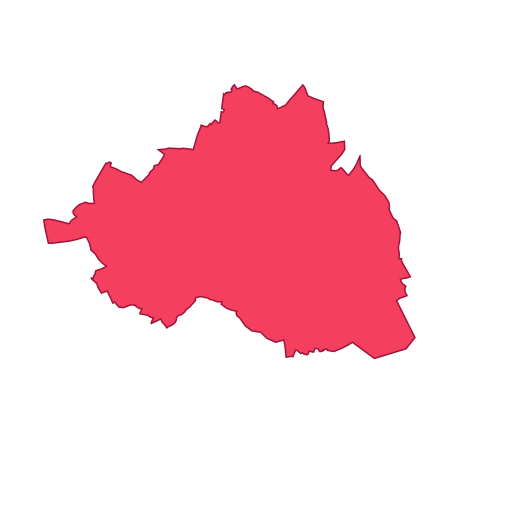 outline of Nnewi North, Anambra, Nigeria, rotated 140°
{"feature_id": "59680162B73952515985037", "entity_name": "Nnewi North", "entity_type": "district", "adm_level": 2, "iso_a3": "NGA", "parent_name": "Nigeria", "parent_adm1": "Anambra", "projection": "albers", "projection_center": [6.91, 6.02], "detail": "fine", "context": "isolated", "style": "filled", "palette": "rose", "viewbox_px": 512, "rotation_deg": 140, "n_neighbors": 0, "source": "geoboundaries", "source_scale": "gbopen_adm2", "svg_char_len": 4573}
<svg xmlns="http://www.w3.org/2000/svg" viewBox="0 0 512 512"><g transform="rotate(140 256 256)"><path d="M151.1,140.9L148.2,156.9L147.0,160.0L146.2,160.4L148.2,162.2L145.5,164.7L144.5,166.0L143.1,168.6L141.8,170.5L139.5,172.8L137.1,174.4L131.2,180.5L130.3,180.8L127.6,187.6L125.7,192.5L126.6,197.1L124.2,206.1L121.9,208.1L119.8,211.7L118.5,219.0L119.3,227.5L118.4,234.1L117.8,239.7L118.9,243.5L118.8,246.8L118.6,254.2L118.4,257.1L117.6,258.8L112.1,265.7L112.4,265.7L119.3,262.0L125.8,259.8L131.5,258.6L133.7,258.6L133.7,267.8L134.4,269.2L137.6,269.1L138.9,269.3L141.4,271.1L143.6,273.9L140.7,276.4L138.1,277.0L131.3,278.0L124.5,279.0L119.5,280.6L114.5,287.1L120.8,290.6L124.1,292.7L128.2,296.0L126.2,296.9L125.2,297.9L122.2,302.0L119.1,306.8L117.6,310.5L117.3,312.2L116.4,312.3L111.0,322.5L109.3,326.6L105.2,330.8L110.0,338.8L113.3,345.3L110.2,354.3L110.3,356.3L110.2,357.0L120.3,355.3L132.3,353.5L136.0,352.5L145.0,354.9L143.5,357.4L144.0,360.3L145.0,361.6L143.5,362.7L143.5,363.3L143.8,364.3L144.2,365.1L145.0,368.9L146.3,372.1L149.3,380.3L150.5,381.9L151.2,382.7L151.5,383.4L151.8,384.0L151.7,384.2L152.2,384.9L152.0,385.4L152.1,386.6L152.1,387.3L152.7,388.2L152.7,389.3L154.5,392.8L157.2,394.3L160.1,395.0L160.8,395.2L163.2,396.5L162.7,400.2L162.5,401.0L164.0,401.0L164.9,400.8L165.9,400.4L167.2,400.1L167.9,399.6L167.5,398.9L168.7,397.9L169.6,397.8L170.9,398.1L171.5,399.0L172.3,399.5L173.2,399.8L174.0,399.8L174.1,400.3L176.3,399.9L176.6,401.0L185.1,393.2L187.5,391.0L186.2,388.6L187.8,387.4L188.8,387.4L189.9,388.8L198.1,381.3L199.2,382.2L199.6,383.2L199.5,384.5L200.1,386.6L202.6,386.0L203.4,386.4L204.2,386.0L205.5,385.3L206.1,387.0L210.0,386.3L212.3,388.6L213.8,391.5L215.4,390.4L223.4,386.1L235.7,377.8L237.8,380.4L242.9,385.6L245.3,387.1L250.1,391.5L253.3,394.6L256.1,395.8L262.5,400.2L260.8,392.6L264.5,391.1L272.1,388.8L275.9,390.6L278.4,388.7L279.3,388.5L282.4,388.5L284.1,388.1L286.1,387.0L296.4,386.1L298.3,390.6L298.7,393.3L299.4,397.9L305.1,407.5L307.1,412.6L309.1,416.2L309.8,417.2L309.7,418.8L307.2,420.1L307.3,421.4L308.3,422.3L310.7,422.6L311.2,423.5L316.9,421.6L322.9,419.4L331.2,416.4L336.4,414.2L337.1,412.5L338.7,410.4L340.2,408.7L344.4,402.8L346.0,400.3L347.9,401.5L348.7,402.8L349.4,403.2L350.3,403.1L350.6,404.4L351.2,405.6L352.2,406.6L352.7,407.2L354.2,407.4L355.7,408.0L357.7,408.8L359.7,408.9L361.2,409.0L365.6,408.5L366.5,407.9L367.1,408.2L368.6,406.1L368.8,404.3L368.3,401.3L373.3,401.8L374.8,401.9L376.7,401.3L378.4,400.8L382.4,406.4L387.7,413.7L391.6,417.9L395.4,420.0L398.9,414.4L406.8,399.3L404.4,397.1L390.5,388.1L383.9,384.5L374.6,380.4L374.0,378.6L375.3,373.2L377.5,368.3L378.5,367.1L378.4,364.9L377.8,360.9L378.4,356.8L378.7,353.8L378.5,351.9L378.3,349.5L377.5,345.6L377.3,344.5L378.5,344.5L380.7,344.9L382.9,345.6L384.4,346.2L386.7,347.1L388.3,347.7L390.3,346.2L391.0,345.5L392.8,345.2L393.7,344.6L394.6,343.7L396.3,344.9L396.7,344.3L396.6,342.9L396.2,340.9L395.8,339.2L395.9,336.8L397.4,332.7L397.8,330.5L398.2,326.9L392.5,324.8L393.4,321.6L393.9,319.3L394.9,315.3L395.6,313.5L395.9,311.8L393.8,311.5L394.0,308.2L393.7,306.2L393.9,304.8L392.8,304.1L391.4,302.1L390.3,301.5L383.2,299.0L380.5,296.3L379.9,295.7L380.5,295.3L380.0,293.6L379.3,291.0L377.2,289.0L380.2,287.5L382.1,286.5L377.0,280.1L376.3,277.2L374.4,274.4L377.5,273.2L379.1,272.3L379.5,271.6L372.7,269.8L371.1,269.4L369.5,269.0L370.4,265.7L370.3,263.2L370.2,261.0L370.6,258.3L369.0,258.3L365.6,257.3L364.3,257.1L362.9,257.0L360.7,257.1L358.8,257.8L356.8,259.4L355.3,260.3L354.1,260.4L350.9,259.0L346.8,258.9L344.9,259.6L338.4,259.7L330.9,260.8L329.2,263.0L326.4,261.5L324.5,260.3L323.1,258.9L321.6,256.8L319.8,254.8L319.4,252.6L318.3,251.2L317.3,250.0L316.9,248.8L316.2,247.9L314.7,245.2L313.4,244.5L311.6,242.7L313.7,241.6L312.0,234.7L310.6,232.0L308.4,228.7L306.3,226.0L308.0,225.0L309.1,222.2L308.3,219.0L309.1,209.2L307.3,201.3L301.4,194.5L300.6,186.1L296.5,177.4L288.7,173.8L291.4,168.8L297.9,159.1L292.9,156.1L292.5,155.1L286.1,158.5L285.1,156.7L284.7,154.3L284.5,152.5L283.7,152.2L282.7,152.1L282.4,151.5L282.3,150.0L281.7,149.4L280.4,147.5L279.1,147.4L276.3,149.0L275.5,147.6L273.6,145.3L270.3,147.3L268.3,145.3L268.0,144.3L268.4,143.2L268.7,142.1L268.2,141.5L267.2,140.8L266.7,141.0L265.9,140.2L265.0,140.9L264.1,140.1L263.8,140.5L261.4,139.2L262.0,137.8L257.7,132.8L248.6,129.9L241.8,128.5L237.6,127.9L231.1,101.4L200.7,88.5L186.7,91.3L177.0,131.6L172.5,131.1L167.9,129.2L165.8,128.6L165.0,132.5L162.8,135.4L160.7,136.5L161.5,139.8L161.4,143.0L160.3,145.4L157.3,143.9L154.9,142.4L151.1,140.9Z" fill="#f43f5e" stroke="#9f1239" stroke-width="1.5"/></g></svg>